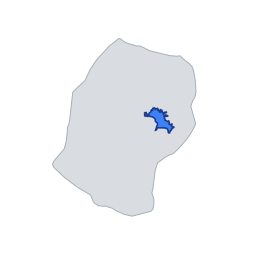 Litsoetse, Thaba-Tseka, Lesotho shown in context, rotated 335°
{"feature_id": "5366337B64574994028715", "entity_name": "Litsoetse", "entity_type": "district", "adm_level": 2, "iso_a3": "LSO", "parent_name": "Lesotho", "parent_adm1": "Thaba-Tseka", "projection": "mercator", "projection_center": [28.676, -29.707], "detail": "fine", "context": "in_parent", "style": "filled", "palette": "blue", "viewbox_px": 256, "rotation_deg": 335, "n_neighbors": 0, "source": "geoboundaries", "source_scale": "gbopen_adm2", "svg_char_len": 5709}
<svg xmlns="http://www.w3.org/2000/svg" viewBox="0 0 256 256"><g transform="rotate(335 128 128)"><path d="M165.0,168.1L158.6,170.2L157.7,170.4L153.5,169.9L148.0,170.4L143.6,171.5L140.3,171.9L134.8,177.8L124.8,193.7L122.1,197.1L121.4,203.3L119.0,208.3L116.2,212.2L113.4,213.1L105.1,211.6L94.4,209.6L88.2,204.8L82.6,198.4L79.7,193.9L76.7,191.3L75.6,189.9L71.3,187.8L69.6,186.7L68.2,185.9L66.4,182.9L65.4,180.2L65.8,172.8L62.7,168.4L57.5,161.0L54.2,154.8L49.7,146.4L46.9,139.3L44.0,131.9L44.4,128.7L47.1,126.5L55.2,122.8L61.4,119.9L65.9,114.6L70.8,106.8L73.2,102.1L75.6,99.9L78.2,96.6L82.7,89.2L87.7,81.0L93.1,72.2L99.9,69.7L109.2,66.8L118.2,59.1L128.8,52.7L146.0,45.7L154.0,43.9L157.1,42.9L159.0,44.2L161.0,48.2L163.9,51.6L170.7,57.4L173.6,58.8L180.6,67.4L188.1,73.4L196.7,80.2L202.6,83.6L205.6,84.5L208.1,90.6L210.6,95.1L212.0,99.3L211.7,103.5L209.0,113.5L205.0,123.8L201.8,128.1L197.9,130.8L194.1,134.9L192.7,143.2L191.0,153.0L186.0,157.0L182.2,159.6L176.8,162.9L165.0,168.1Z" fill="#d9dde1" stroke="#a8b0b8" stroke-width="1"/><path d="M152.0,141.7L152.7,141.8L153.1,141.6L153.5,141.3L153.8,141.2L153.9,140.9L154.0,140.8L154.3,140.6L154.5,140.5L154.8,140.5L154.7,140.4L154.8,140.3L155.0,140.3L155.7,140.7L155.8,140.8L156.0,140.9L156.4,141.0L156.6,141.2L156.8,141.2L157.2,141.5L157.4,141.6L157.5,141.6L158.0,141.7L158.2,141.8L158.3,141.8L158.5,141.9L158.7,142.2L159.0,142.3L159.2,142.5L159.3,142.5L159.5,142.6L160.0,142.6L160.2,142.8L160.3,143.0L160.5,143.0L160.8,143.1L160.9,143.3L161.1,143.3L161.3,143.4L161.3,143.5L161.5,143.7L161.8,143.6L161.9,143.8L162.0,143.9L162.1,144.0L162.2,144.4L162.3,144.4L162.7,144.6L162.8,144.6L162.9,144.8L163.0,145.1L163.3,145.4L163.3,145.6L163.4,145.9L163.4,146.1L163.4,146.3L163.2,146.4L163.2,146.6L163.2,146.9L163.4,147.2L163.2,147.5L163.0,147.8L162.9,147.9L162.9,148.1L162.8,148.4L162.7,148.5L162.8,148.8L162.9,149.0L162.8,149.3L163.1,149.2L163.1,148.9L163.5,149.0L163.6,149.4L163.5,149.7L163.5,149.9L163.6,150.0L163.8,150.0L163.9,149.5L164.1,149.3L164.3,149.3L164.5,149.2L164.9,148.9L165.1,148.8L165.3,148.4L165.6,148.2L166.4,148.1L166.6,148.2L166.8,148.0L166.9,147.7L167.1,147.6L167.1,147.4L167.1,147.2L167.4,147.1L167.6,147.0L168.6,147.1L169.0,146.9L169.8,146.9L169.9,146.6L170.0,146.3L169.9,146.2L169.4,146.4L169.2,146.4L168.9,146.3L168.7,146.0L168.7,145.6L168.7,145.4L168.3,144.9L168.1,144.7L168.2,144.2L168.3,144.1L168.4,143.8L168.6,143.7L169.2,143.8L169.3,143.8L169.3,143.6L169.3,143.2L169.5,143.0L169.5,142.9L169.1,142.8L168.5,142.8L168.3,142.7L168.1,142.6L167.8,142.4L167.5,142.4L167.3,142.4L167.2,142.4L166.9,142.2L166.8,141.8L166.8,141.7L167.1,141.2L167.5,140.7L167.8,140.4L167.9,139.9L167.8,139.7L167.8,139.3L168.0,139.2L167.9,138.8L167.7,138.8L167.3,139.0L166.6,138.9L166.5,138.5L166.4,138.2L166.2,138.1L165.9,137.8L165.7,137.6L165.4,137.1L165.2,137.0L165.0,136.9L164.8,136.6L164.7,136.5L164.8,136.2L165.2,135.9L165.3,135.8L165.4,135.6L165.3,135.2L165.1,135.0L165.1,134.6L165.2,134.2L165.6,133.8L165.7,133.7L165.6,132.7L165.8,132.4L166.3,132.5L166.8,133.5L167.1,133.6L167.8,133.6L168.0,133.6L168.3,133.9L168.7,134.1L169.0,134.1L169.2,133.9L169.1,133.7L168.9,133.6L168.3,132.5L167.8,132.2L167.4,132.0L166.7,132.0L166.2,131.6L165.9,131.0L165.9,130.7L166.0,130.3L166.1,130.2L166.9,129.8L167.1,129.8L167.3,129.8L167.4,130.0L167.5,130.2L167.8,130.2L168.1,129.9L168.3,129.9L168.8,130.1L169.0,130.3L169.4,130.2L169.6,130.0L169.6,129.8L169.4,129.6L168.9,129.6L168.6,129.6L168.1,129.4L167.5,129.1L166.2,128.9L166.0,129.0L165.9,129.0L165.8,128.8L165.7,128.3L166.1,127.4L166.1,126.4L166.2,126.1L165.8,125.9L165.5,125.6L165.4,125.4L165.3,125.2L165.1,125.3L164.8,126.3L164.7,126.7L164.8,127.0L164.7,127.2L164.4,127.3L164.0,127.4L163.8,127.4L163.6,127.2L163.4,127.0L163.2,126.5L163.3,126.0L163.9,125.4L163.9,125.2L163.5,125.0L163.3,124.8L163.1,124.8L162.9,124.9L162.6,124.7L162.5,124.4L162.6,124.2L162.8,124.0L163.2,124.0L163.3,124.0L163.4,123.7L163.1,123.2L162.9,122.8L162.9,122.7L162.5,122.8L162.1,122.7L161.8,122.5L161.7,122.2L161.1,122.0L161.0,121.9L160.9,121.9L160.8,122.1L160.9,122.3L161.0,122.6L161.0,122.8L160.8,122.9L160.7,122.9L160.6,122.6L160.6,122.3L160.3,121.6L160.3,121.2L160.3,120.9L160.1,120.9L160.0,121.0L159.9,121.1L159.7,121.2L159.4,121.2L159.2,121.0L159.1,120.9L159.0,121.0L159.0,120.9L158.9,121.0L158.9,120.9L158.7,121.0L158.7,120.9L158.5,121.0L158.4,121.1L158.2,121.4L158.1,121.5L157.9,121.7L157.6,121.6L157.6,121.8L157.5,121.7L157.4,121.7L157.5,121.6L157.4,121.6L157.1,121.8L157.1,121.6L157.0,121.8L156.9,121.6L156.7,121.7L156.5,121.8L156.3,121.8L156.3,122.0L156.2,122.2L156.2,122.3L156.2,122.5L156.1,122.8L155.6,122.9L155.3,123.0L154.1,123.2L153.9,123.2L153.8,123.3L153.8,123.5L153.6,123.7L153.3,123.7L153.0,124.0L152.8,124.3L152.6,124.7L152.4,125.1L152.2,125.4L152.1,125.5L151.9,125.4L151.8,125.1L151.8,124.6L151.7,124.4L151.6,124.1L151.3,123.9L151.3,123.5L151.1,123.2L150.9,122.9L150.7,122.9L150.7,122.6L150.8,122.3L150.7,122.3L150.8,122.1L150.7,122.1L150.8,121.6L150.5,121.6L150.3,121.6L150.0,121.3L149.9,121.4L149.9,121.5L149.7,121.4L149.3,121.4L149.1,121.6L149.0,121.8L148.9,123.1L148.5,123.6L148.3,123.7L148.3,124.3L148.5,124.4L149.2,124.8L149.6,124.9L149.8,124.9L150.0,125.2L150.3,125.3L150.4,125.7L150.5,125.7L150.9,125.8L151.3,125.7L151.8,125.9L152.0,126.1L152.7,126.6L152.8,126.9L153.1,127.2L154.3,127.7L154.5,127.9L154.8,128.1L155.0,128.3L155.1,128.7L155.4,129.2L155.8,129.8L155.9,130.2L156.0,130.4L156.2,131.1L156.5,131.6L156.4,131.7L156.2,132.0L155.9,132.7L155.7,133.2L155.7,133.5L155.8,134.0L156.1,134.9L156.3,135.2L156.6,135.6L156.8,135.9L156.7,136.2L155.7,138.0L155.4,138.2L154.8,138.5L154.5,138.7L154.2,139.2L153.8,139.8L152.9,140.7L152.5,140.9L152.2,141.5L152.0,141.7Z" fill="#3b82f6" stroke="#1e3a8a" stroke-width="1.5"/></g></svg>